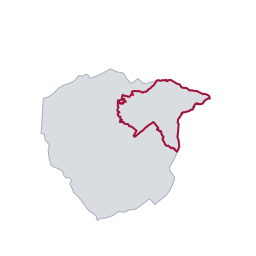 where Matabeleland North sits in Zimbabwe, rotated 141°
{"feature_id": "ZWE-526", "entity_name": "Matabeleland North", "entity_type": "Province", "adm_level": 1, "iso_a3": "ZWE", "parent_name": "Zimbabwe", "parent_adm1": "", "projection": "mercator", "projection_center": [27.816, -18.601], "detail": "fine", "context": "in_parent", "style": "outline", "palette": "rose", "viewbox_px": 256, "rotation_deg": 141, "n_neighbors": 0, "source": "natural_earth", "source_scale": "10m", "svg_char_len": 7409}
<svg xmlns="http://www.w3.org/2000/svg" viewBox="0 0 256 256"><g transform="rotate(141 128 128)"><path d="M174.4,204.4L172.5,203.0L169.8,202.2L166.5,201.8L162.1,202.0L156.8,202.7L151.0,201.8L144.8,199.3L139.7,198.5L133.6,199.5L133.4,199.6L132.3,198.7L130.6,196.9L127.9,196.6L127.1,196.2L126.5,195.5L126.1,194.7L125.9,193.7L126.4,190.7L126.1,190.4L125.4,190.1L123.9,189.7L120.2,188.4L115.6,187.1L108.1,185.6L105.2,185.3L104.5,184.8L103.7,183.8L102.3,180.4L100.9,178.1L97.7,174.7L97.2,173.6L97.3,170.9L97.6,168.7L97.9,166.8L97.8,165.1L97.7,162.9L97.8,161.4L97.4,160.8L96.2,160.4L92.9,160.2L88.9,160.2L88.8,158.0L88.4,154.6L87.6,152.7L86.7,151.7L84.9,150.6L81.1,149.1L76.0,146.9L71.7,143.7L66.7,139.6L65.1,138.9L63.3,135.1L60.5,128.6L60.7,126.4L60.3,125.3L57.5,122.1L56.9,120.5L56.5,118.8L52.1,114.1L50.7,112.1L49.5,109.5L48.4,107.4L47.5,106.6L46.2,105.1L45.4,103.5L45.0,102.3L45.3,100.7L45.7,99.6L49.9,100.7L52.1,100.8L53.9,100.3L56.0,101.0L58.6,103.1L61.5,103.5L64.5,102.2L68.7,102.6L73.9,104.7L78.2,105.1L83.3,103.3L87.9,98.1L92.2,93.3L96.5,87.7L99.0,83.2L102.8,79.5L107.7,76.7L112.8,74.3L120.5,71.4L122.0,69.0L122.5,66.4L122.5,62.7L122.9,60.4L123.7,59.3L125.0,58.5L126.7,57.4L131.7,54.6L136.0,52.8L141.2,51.7L146.8,51.7L152.3,51.7L155.4,51.6L155.4,55.1L155.7,59.1L156.3,59.5L160.4,59.5L167.0,59.8L173.3,60.1L177.4,62.9L178.7,63.6L183.0,64.3L188.3,69.1L194.8,69.5L199.3,71.0L203.2,72.7L205.5,74.6L206.9,75.1L208.9,75.2L209.9,75.4L209.6,76.8L208.3,79.2L208.5,82.7L210.3,87.4L210.6,91.6L210.0,98.9L210.0,106.1L210.2,108.6L210.5,110.3L210.9,111.2L210.8,112.3L209.7,115.3L208.9,118.4L208.8,119.7L208.5,120.6L207.9,121.4L205.0,122.8L204.5,123.7L204.6,125.4L204.9,126.8L206.0,127.3L207.3,128.0L207.8,129.1L207.8,130.2L207.4,132.2L206.2,135.5L207.4,139.3L208.6,141.8L210.4,144.7L211.1,146.5L211.1,147.8L210.8,149.0L208.2,154.3L206.3,157.6L204.0,161.1L200.9,163.3L200.1,164.4L199.8,165.6L199.9,168.2L199.8,171.0L197.2,175.3L198.8,178.9L198.4,179.3L197.5,179.8L193.8,184.0L190.0,188.1L187.2,191.2L184.0,194.7L180.5,198.6L177.4,202.0L174.4,204.4Z" fill="#d9dde1" stroke="#a8b0b8" stroke-width="1"/><path d="M60.9,126.7L60.3,124.9L57.6,122.5L56.8,120.8L56.7,119.2L56.5,118.4L55.9,117.9L55.1,117.5L54.5,116.9L53.5,115.5L53.2,115.2L52.5,114.7L51.1,113.2L50.8,112.7L50.7,112.4L50.5,111.5L50.3,111.0L49.6,109.9L48.9,108.2L48.5,107.3L47.8,106.8L47.1,106.4L46.5,105.7L45.7,104.2L45.0,102.7L44.9,102.1L44.9,101.5L45.8,99.6L46.3,99.9L47.0,100.4L47.4,100.6L47.6,100.7L48.2,100.6L48.9,100.9L49.2,100.9L50.8,100.9L51.2,101.1L51.4,101.1L51.5,100.9L53.1,100.5L54.2,100.0L54.8,100.0L55.3,100.4L56.1,100.6L56.6,100.8L57.0,101.1L57.4,101.7L58.3,102.1L58.6,102.5L58.3,102.6L58.3,102.9L58.4,103.3L58.6,103.6L59.9,104.2L60.8,104.2L61.1,104.2L62.3,103.6L62.5,103.4L62.9,103.4L63.3,103.4L63.6,103.3L63.6,102.8L64.1,102.7L64.4,102.5L64.9,102.4L65.9,101.7L66.1,101.6L66.3,101.7L66.7,102.2L66.9,102.3L67.8,102.4L68.0,102.5L68.3,102.7L68.5,102.8L69.3,102.6L70.3,102.8L71.9,103.7L72.8,104.0L73.4,104.1L73.7,104.3L74.6,105.1L75.0,105.3L76.2,105.7L76.5,105.8L76.7,105.7L77.4,105.1L77.6,104.9L78.0,104.9L78.5,104.8L80.5,103.9L81.0,104.0L81.8,103.5L82.0,103.4L83.0,103.4L83.4,103.3L83.9,103.0L85.4,101.6L86.1,100.7L86.0,99.6L86.0,99.4L86.3,99.0L91.9,93.1L94.1,91.1L95.2,89.9L95.8,88.8L96.2,87.0L96.6,86.3L99.5,81.9L100.3,80.9L101.4,80.3L104.7,78.8L105.2,80.6L104.9,81.8L105.0,81.9L105.4,82.1L105.5,82.2L105.5,82.4L105.2,83.2L105.2,83.6L105.2,83.8L105.4,84.0L105.7,84.1L105.8,84.2L106.1,84.8L106.3,84.9L106.8,84.9L107.1,85.0L107.1,85.7L107.2,86.0L107.4,86.3L107.4,86.6L107.3,86.8L107.5,87.4L107.6,87.9L107.8,88.7L107.8,88.9L108.3,89.2L108.5,89.4L108.7,89.6L109.0,89.7L109.2,89.9L109.3,90.0L109.5,91.0L109.5,91.8L109.3,92.5L109.2,92.7L109.1,93.0L108.8,93.9L108.9,94.9L108.7,95.3L108.5,95.8L108.4,96.1L108.4,96.3L108.6,96.8L108.5,97.1L107.9,97.8L107.4,98.3L107.2,98.3L107.0,98.2L106.8,98.1L106.7,98.2L106.1,98.7L105.9,99.4L105.9,99.6L106.1,100.7L106.1,100.9L106.1,101.0L105.8,101.5L105.7,102.0L105.6,102.3L105.7,102.5L105.4,102.8L105.3,103.0L105.2,103.4L105.1,103.6L104.6,104.0L104.4,104.3L104.5,104.5L104.6,105.2L104.8,105.4L105.0,105.6L105.4,105.5L105.5,105.5L105.7,105.8L105.7,106.2L105.7,106.5L105.8,106.8L105.8,107.0L105.7,107.2L105.3,107.6L105.3,107.9L105.4,108.0L105.6,108.2L106.2,108.3L106.4,108.4L106.5,108.5L106.4,108.7L105.2,108.9L104.6,109.0L104.4,109.2L104.4,115.8L104.5,116.4L104.9,116.7L105.2,116.8L105.4,116.8L106.7,116.7L107.4,116.9L108.3,117.0L109.0,117.1L111.1,117.2L111.5,117.3L112.3,117.2L113.4,117.2L114.1,117.3L114.9,117.2L115.9,116.9L117.3,117.0L118.0,116.9L118.6,116.7L118.9,116.7L119.2,116.8L119.9,117.0L127.9,116.9L128.1,116.9L128.2,117.0L128.5,117.6L128.6,117.8L128.6,118.0L128.5,118.3L128.3,118.4L124.6,120.0L123.4,120.3L123.2,120.4L123.1,120.6L123.1,121.0L124.3,126.7L124.4,127.0L124.5,127.2L124.7,127.4L125.1,127.6L125.9,128.8L125.9,129.0L125.9,129.5L125.5,130.0L125.5,130.9L125.7,131.1L126.0,131.3L127.9,133.4L128.1,133.6L128.1,133.8L128.1,134.1L127.6,135.0L130.4,137.7L130.2,138.1L129.9,138.4L129.7,138.4L129.1,138.1L128.8,138.0L128.0,137.9L127.7,137.9L127.6,138.0L127.5,138.4L127.6,138.6L128.2,139.2L128.3,139.4L128.3,139.5L128.2,140.1L128.1,140.3L127.9,140.5L127.0,141.3L126.8,141.6L127.0,141.9L127.3,142.2L127.7,142.5L127.8,142.7L127.8,143.8L127.4,145.1L127.3,145.3L126.8,145.6L126.5,145.7L126.2,145.8L125.0,145.6L124.9,145.6L124.8,145.9L125.2,147.3L125.4,147.9L125.3,148.1L125.0,148.7L124.7,148.9L123.2,149.8L122.2,150.2L122.1,150.5L122.1,150.8L122.2,151.2L122.2,151.3L122.1,151.5L120.1,154.0L119.7,154.4L119.3,154.7L119.2,155.0L118.6,155.6L118.3,155.7L118.1,155.6L117.0,154.7L118.5,154.4L118.8,154.3L119.0,154.1L119.2,153.9L119.2,153.6L118.7,153.2L118.5,152.8L118.8,152.3L118.8,152.0L118.7,152.0L118.4,151.9L118.3,151.4L118.2,151.3L117.8,151.5L117.5,151.5L117.0,151.2L116.6,151.1L116.5,150.9L116.6,150.6L116.7,150.3L116.7,150.2L116.0,150.3L115.6,150.4L115.0,150.8L114.9,150.8L114.7,150.7L113.4,150.1L113.2,150.0L113.1,150.5L113.3,151.3L113.3,151.5L113.2,152.0L113.2,152.4L113.1,152.6L112.7,152.8L112.6,153.0L113.0,153.2L113.6,153.2L113.9,153.3L114.2,153.3L114.4,153.2L114.6,153.2L114.8,153.3L114.9,153.5L115.1,153.7L115.2,154.0L114.9,154.6L114.4,154.8L111.5,157.0L111.3,157.0L111.2,156.9L111.0,156.5L110.8,155.9L110.5,155.4L110.3,155.2L110.1,154.9L109.8,154.6L109.6,154.4L109.6,154.2L109.1,153.8L108.7,153.3L108.6,152.9L108.4,152.6L108.2,152.1L107.6,151.8L107.5,151.7L107.4,151.4L107.1,151.3L106.4,151.6L105.3,151.6L104.3,152.1L104.2,152.1L103.3,150.9L103.2,150.7L103.1,150.8L103.1,151.0L102.8,151.9L102.6,152.6L102.6,153.3L102.5,153.5L102.4,153.6L101.7,153.6L100.9,153.5L100.6,153.4L100.3,153.2L100.0,152.8L99.5,152.5L99.2,152.3L97.6,150.7L96.7,150.1L95.9,149.2L95.5,148.6L95.1,148.2L94.9,147.0L94.7,146.8L94.5,146.6L94.1,146.2L93.7,146.0L93.1,146.0L92.6,145.9L92.3,145.7L91.6,145.2L91.2,144.9L90.8,144.8L89.6,144.7L89.3,144.7L88.8,145.1L88.5,145.2L87.8,145.1L87.4,145.1L87.2,145.1L86.6,144.9L85.8,144.8L82.8,145.2L82.3,145.1L81.6,145.0L77.4,146.1L77.1,146.2L76.0,146.8L75.6,146.5L74.7,146.3L74.3,146.1L74.0,145.8L73.8,145.3L73.6,144.8L73.3,144.5L72.4,143.9L72.0,143.7L71.2,143.5L70.8,143.4L70.4,143.0L69.8,142.1L69.3,141.8L68.6,141.7L68.2,141.4L68.4,141.3L68.5,141.1L68.7,140.6L68.6,140.4L68.2,139.9L67.8,139.7L66.7,139.6L65.7,139.4L64.9,138.9L64.3,138.0L62.3,132.2L61.8,131.2L61.2,130.4L60.6,129.5L60.5,129.0L60.4,128.5L60.4,128.0L60.8,127.2L60.9,126.7Z" fill="none" stroke="#9f1239" stroke-width="2"/></g></svg>